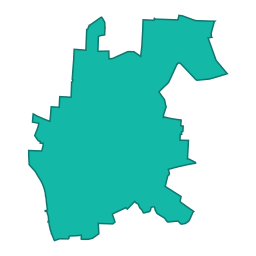 the district of Valu Lui Traian, Constanta, Romania
{"feature_id": "2599482B6987957430653", "entity_name": "Valu Lui Traian", "entity_type": "district", "adm_level": 2, "iso_a3": "ROU", "parent_name": "Romania", "parent_adm1": "Constanta", "projection": "orthographic", "projection_center": [28.491, 44.168], "detail": "fine", "context": "isolated", "style": "filled", "palette": "teal", "viewbox_px": 256, "rotation_deg": 0, "n_neighbors": 0, "source": "geoboundaries", "source_scale": "gbopen_adm2", "svg_char_len": 5561}
<svg xmlns="http://www.w3.org/2000/svg" viewBox="0 0 256 256"><path d="M180.7,15.6L178.9,15.4L178.9,15.9L178.8,16.2L177.8,19.9L155.4,19.1L155.2,19.0L154.4,18.3L154.2,18.5L154.2,19.0L154.2,19.4L154.1,20.3L143.1,19.8L142.7,30.9L142.4,36.0L141.9,45.9L140.7,56.4L134.0,51.8L133.9,51.7L133.7,51.7L128.5,51.6L127.8,51.7L127.6,51.7L116.3,56.8L112.6,58.5L109.0,58.8L108.8,51.1L97.9,51.3L98.4,36.4L99.2,36.1L99.6,35.9L100.1,35.8L101.6,35.4L102.3,35.3L102.8,35.2L104.4,34.9L104.7,34.9L104.7,31.8L104.8,31.8L104.9,28.9L104.9,28.0L105.1,27.8L105.1,27.4L104.9,27.3L104.9,25.7L104.8,24.2L104.7,22.2L103.8,20.6L102.2,17.9L102.0,17.7L101.6,17.3L101.4,17.3L101.2,17.2L89.5,25.4L89.4,25.7L89.2,25.5L88.7,26.6L88.4,27.4L88.0,28.5L87.8,28.9L87.7,29.1L87.4,29.2L86.7,29.5L85.9,50.2L74.2,49.3L73.7,59.5L72.2,79.3L72.9,79.6L72.5,81.5L72.4,81.5L72.0,82.0L71.6,82.1L71.4,89.6L71.2,93.9L71.1,96.9L71.0,97.3L67.1,97.0L62.5,96.8L59.8,96.6L59.7,97.1L59.2,107.3L51.2,106.8L50.6,114.0L50.5,115.8L50.3,117.7L50.0,119.9L49.9,121.3L47.3,120.4L45.8,119.8L42.7,118.5L40.9,117.7L39.7,117.2L37.8,116.4L35.6,115.2L33.2,113.9L32.8,117.7L32.5,122.1L33.6,122.3L34.2,122.4L38.8,123.3L38.4,125.4L38.2,126.4L37.9,127.1L38.0,127.2L37.3,129.0L34.7,135.6L37.3,139.4L38.4,140.8L40.3,141.5L40.2,143.1L41.5,143.2L42.1,143.4L42.3,143.4L43.1,143.3L43.2,144.3L43.0,146.1L42.6,147.8L41.9,150.2L41.6,150.9L41.5,151.0L28.7,150.5L28.7,154.5L29.2,164.7L29.5,165.0L30.0,165.6L31.5,167.3L33.4,169.4L34.8,170.9L35.5,172.0L36.2,172.9L36.8,174.1L38.1,176.4L39.6,178.6L40.1,179.5L41.1,181.2L42.0,183.0L42.6,184.3L43.4,186.4L43.9,187.6L44.7,190.5L45.4,193.3L45.4,194.0L45.4,194.5L45.6,196.1L45.6,196.4L45.8,196.5L46.1,198.2L46.4,202.0L46.5,202.4L46.5,203.1L46.9,205.9L47.2,208.2L47.5,209.7L46.4,210.4L46.3,210.5L45.2,210.6L45.3,211.4L46.4,211.3L46.8,211.3L47.1,212.1L47.4,213.7L48.2,215.8L48.4,217.5L48.4,218.2L48.5,218.2L48.6,219.6L48.9,221.3L48.9,221.7L49.0,222.1L48.8,221.7L48.7,221.4L48.4,221.2L48.1,221.2L48.1,221.5L48.2,221.4L48.4,221.4L48.6,221.8L48.8,222.2L49.0,223.2L49.3,225.3L49.9,228.0L50.3,229.3L50.2,229.5L50.6,230.7L51.1,232.0L51.5,233.4L51.4,233.6L51.6,233.7L53.4,238.2L53.7,239.0L54.2,240.0L54.5,240.6L59.5,238.8L68.2,238.9L68.5,238.8L68.9,238.3L69.0,237.7L69.0,236.6L69.2,236.3L69.6,236.1L69.9,236.0L74.7,235.8L78.0,235.6L80.1,235.4L81.3,235.2L81.4,235.5L81.2,238.9L81.3,239.2L81.5,239.3L88.5,239.3L88.8,239.2L92.5,238.2L92.9,238.0L98.8,233.8L98.3,223.4L112.7,223.9L114.9,222.2L114.8,221.4L112.4,214.4L112.5,214.0L113.0,213.7L125.7,207.7L127.3,209.1L134.7,201.5L136.0,202.8L137.9,204.0L138.4,204.4L138.5,204.7L138.8,205.5L139.3,206.8L139.6,207.5L140.0,208.1L141.6,209.7L141.8,209.9L142.3,210.7L142.7,211.4L143.0,212.2L143.2,212.7L143.6,212.9L143.9,212.9L144.1,212.9L148.2,211.9L149.2,211.6L149.7,211.4L150.0,211.0L150.2,210.7L150.4,210.2L150.6,209.7L150.8,208.6L150.8,208.3L150.9,208.0L151.0,207.8L151.3,207.5L151.5,207.3L151.7,207.2L152.2,207.0L152.4,207.0L152.8,206.9L153.1,206.8L153.7,206.8L154.0,206.9L154.3,207.1L154.6,207.4L154.8,207.8L155.0,209.1L155.1,209.7L155.4,210.5L155.7,211.0L156.5,212.5L156.9,213.2L157.0,213.4L157.3,213.6L157.7,213.9L163.1,217.2L164.2,217.9L164.7,218.3L165.2,218.9L166.8,221.2L167.2,221.7L167.6,221.9L167.9,222.0L168.2,222.0L168.7,222.0L170.2,221.8L172.1,221.6L173.1,221.5L173.7,221.5L177.0,221.1L177.6,221.1L178.2,221.3L178.6,221.6L178.8,221.8L179.3,222.3L180.0,223.2L180.5,223.7L180.6,223.8L181.1,224.0L181.4,224.1L181.8,224.1L184.6,223.6L185.4,223.5L185.6,223.3L186.0,223.1L187.6,222.0L188.6,221.2L188.9,220.9L189.2,220.5L189.6,219.7L192.1,214.1L192.5,213.2L192.9,212.4L193.0,212.2L193.4,211.8L193.8,211.5L193.7,211.4L184.7,205.2L184.4,204.8L183.6,204.3L180.7,202.3L180.2,201.3L180.2,200.8L181.1,196.5L173.4,191.7L165.2,186.4L166.7,180.2L167.5,176.9L167.7,176.2L168.0,175.7L168.9,174.9L169.1,174.6L169.3,174.2L169.4,173.8L169.3,173.1L169.1,172.4L168.4,169.3L169.6,169.0L170.0,168.9L170.8,168.7L171.7,168.5L172.2,168.3L172.6,168.2L173.4,167.9L174.6,167.6L175.2,167.5L176.3,167.2L179.0,166.5L183.2,165.6L183.7,165.4L184.0,165.4L184.3,165.4L184.8,165.3L185.2,165.1L187.5,164.6L190.3,164.1L190.6,164.1L191.0,164.0L191.3,163.9L191.6,163.8L193.4,163.5L194.3,163.5L194.6,163.4L195.6,163.1L195.5,162.5L189.3,159.2L189.0,159.1L188.7,159.0L188.4,159.0L187.5,159.0L187.6,157.2L187.6,156.0L187.8,152.5L188.2,145.9L188.3,143.1L188.5,140.4L180.0,140.2L180.1,138.0L180.1,136.3L180.2,134.5L180.2,134.4L181.6,134.4L181.6,133.9L181.6,131.7L182.5,131.6L182.8,131.5L182.9,131.2L183.2,126.1L180.7,125.7L180.9,123.1L181.1,121.1L181.1,120.5L181.1,120.0L177.0,119.5L171.7,118.7L168.4,118.0L164.4,117.0L164.1,117.2L163.8,117.6L163.4,117.6L163.5,115.8L163.5,115.0L163.7,114.4L165.3,109.5L166.2,106.7L165.9,106.3L165.8,105.9L164.6,100.1L164.4,99.6L164.2,99.3L158.9,91.9L163.7,87.1L166.0,85.0L167.1,84.0L167.8,83.2L168.1,82.9L168.4,82.7L168.5,82.6L169.3,80.9L170.8,77.7L171.7,75.8L172.0,75.0L172.6,73.8L173.2,72.5L174.5,69.6L176.7,64.8L176.9,64.5L177.4,64.1L177.3,63.8L177.4,63.6L178.2,63.2L178.7,63.0L178.9,63.0L179.4,63.0L179.8,63.1L180.1,63.3L180.6,63.6L181.1,64.1L182.1,65.1L184.1,67.2L187.2,70.5L191.6,75.1L195.4,79.2L196.1,79.8L196.4,80.0L196.6,80.1L197.0,80.2L197.3,80.2L198.2,80.1L208.7,79.1L209.4,79.0L209.5,79.0L217.2,76.8L226.2,74.0L227.3,73.7L227.1,73.5L220.9,66.2L216.1,60.4L211.7,48.1L208.1,38.0L211.5,37.3L211.8,37.3L211.6,37.0L211.4,36.1L211.2,34.4L211.1,33.8L211.3,32.8L212.4,28.5L214.2,22.1L214.4,21.7L214.9,21.2L209.9,21.1L196.9,20.7L196.1,20.6L195.0,20.4L194.0,20.1L192.9,19.7L182.8,16.0L182.2,15.8L181.7,15.7L180.7,15.6Z" fill="#14b8a6" stroke="#0f766e" stroke-width="1.5"/></svg>